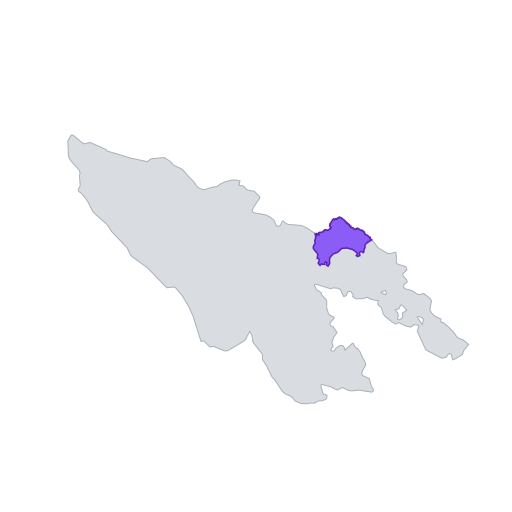 Alay, Osh, Kyrgyzstan (highlighted), rotated 224°
{"feature_id": "92254566B995553538907", "entity_name": "Alay", "entity_type": "district", "adm_level": 2, "iso_a3": "KGZ", "parent_name": "Kyrgyzstan", "parent_adm1": "Osh", "projection": "natural_earth1", "projection_center": [73.817, 39.902], "detail": "fine", "context": "in_parent", "style": "filled", "palette": "violet", "viewbox_px": 512, "rotation_deg": 224, "n_neighbors": 0, "source": "geoboundaries", "source_scale": "gbopen_adm2", "svg_char_len": 8431}
<svg xmlns="http://www.w3.org/2000/svg" viewBox="0 0 512 512"><g transform="rotate(224 256 256)"><path d="M107.8,304.6L109.1,303.8L113.2,302.9L121.6,302.2L124.4,302.8L130.0,306.0L134.4,305.6L135.2,306.1L136.8,308.8L142.9,304.8L147.3,303.6L149.5,299.5L154.3,294.7L158.3,293.9L158.4,294.7L159.1,295.4L163.2,296.5L164.5,295.2L165.1,293.4L163.7,290.6L163.7,289.5L165.0,287.7L171.5,290.4L173.0,290.4L175.9,288.9L178.7,286.2L179.7,284.2L193.1,277.5L194.0,276.2L193.8,275.4L188.2,273.8L185.7,274.7L183.4,274.7L182.0,273.7L175.2,273.3L173.7,272.6L169.2,267.8L163.6,264.7L160.9,264.9L157.7,266.2L156.6,265.6L156.4,261.0L155.8,258.3L153.9,257.6L151.4,258.7L144.5,257.2L143.8,251.5L141.2,246.4L137.6,244.4L137.5,241.4L136.3,240.1L135.2,240.5L133.8,242.0L134.4,245.3L133.9,248.7L133.1,250.4L131.5,251.6L129.7,251.7L126.6,250.0L126.0,260.1L125.4,260.8L121.7,259.3L118.7,259.9L114.3,259.3L111.0,257.6L104.5,255.7L101.4,253.9L99.6,247.1L97.9,244.6L96.2,244.1L89.3,246.5L82.2,242.3L78.7,241.4L77.8,240.2L78.0,238.6L88.8,231.0L93.1,225.8L95.8,223.6L102.6,221.3L104.2,216.5L104.8,215.9L111.7,213.6L119.4,209.4L119.6,208.2L118.8,207.3L111.9,203.4L108.4,205.2L106.3,202.9L106.4,200.7L108.7,196.7L110.7,194.8L111.5,191.0L114.3,188.5L117.3,184.5L120.8,181.3L127.3,178.8L130.9,179.6L134.3,179.0L139.5,177.1L142.7,176.9L156.2,179.9L160.6,180.1L171.1,184.0L179.2,186.0L183.2,189.8L196.4,191.5L200.0,192.6L201.2,194.4L205.0,196.7L208.2,197.3L205.4,188.2L206.5,182.8L210.7,168.0L212.8,165.8L223.5,161.6L226.0,158.5L233.7,158.6L235.3,158.0L236.1,156.3L259.9,169.2L268.9,172.8L281.4,176.2L291.9,177.3L293.7,176.5L297.9,171.4L299.8,171.2L326.0,172.1L344.6,169.4L347.3,169.6L354.3,172.4L376.4,173.3L385.1,175.2L398.9,174.5L404.7,174.8L415.2,178.4L418.9,179.2L425.7,179.8L428.3,179.2L429.8,180.0L431.4,184.6L438.0,190.4L440.4,193.6L442.8,194.9L455.1,195.8L459.8,197.1L471.3,208.1L472.9,214.5L471.8,215.8L459.8,216.7L457.1,217.7L454.3,222.4L438.2,228.3L435.8,228.2L414.4,239.2L399.6,248.5L399.1,252.9L390.4,263.1L383.9,264.4L378.3,264.1L369.2,267.2L357.4,266.2L353.4,266.3L345.7,264.9L342.6,265.7L339.3,267.7L334.8,275.9L333.0,277.8L332.2,279.6L331.5,283.6L329.8,287.8L326.0,294.1L322.7,297.1L319.7,298.9L317.3,295.0L313.3,297.7L309.5,297.2L307.3,298.0L302.1,301.4L294.4,301.2L293.5,300.1L291.9,290.8L290.6,286.4L289.5,285.4L288.1,285.3L277.1,292.6L272.0,293.9L267.7,294.1L262.3,291.9L261.1,292.5L260.1,293.7L259.7,295.2L261.3,299.3L260.9,300.1L258.4,300.0L254.9,301.0L244.4,309.6L237.7,311.8L231.5,312.7L227.8,314.3L225.7,317.4L221.6,326.3L221.7,328.1L223.4,330.5L224.7,335.9L224.4,337.3L221.1,341.7L216.8,343.1L213.5,343.7L207.1,343.1L203.8,344.0L197.8,347.4L192.8,348.0L183.4,348.1L174.1,346.8L171.1,347.3L162.9,349.3L160.1,352.4L158.6,355.3L157.8,355.7L154.6,353.1L150.4,348.5L148.4,348.6L141.0,352.3L139.9,352.2L137.8,350.8L138.1,345.0L135.8,343.8L130.8,343.5L129.1,342.2L129.7,338.5L129.1,337.1L127.8,336.0L125.2,336.3L120.0,339.4L113.8,340.5L111.7,341.5L109.3,345.6L101.1,346.4L98.5,345.5L93.6,338.0L89.4,336.9L85.1,337.1L79.2,339.1L77.8,337.5L76.3,337.0L74.9,338.3L67.8,338.6L60.5,338.4L56.3,337.5L53.6,337.5L48.2,339.6L41.6,340.0L41.1,333.0L39.1,328.2L41.2,320.5L42.4,317.9L47.2,320.9L49.0,320.4L49.5,318.8L48.8,315.4L51.3,311.6L68.6,306.4L87.7,313.9L90.2,318.9L91.8,318.6L94.5,316.4L95.3,312.3L99.1,309.9L107.3,307.1L107.8,304.6ZM117.5,321.7L117.9,321.0L116.5,317.4L118.4,314.0L114.6,313.4L112.6,312.4L110.4,309.0L109.7,308.8L108.5,309.8L107.9,312.0L108.4,314.5L111.1,316.8L109.8,321.6L115.5,322.2L117.5,321.7ZM97.5,325.1L97.3,324.0L96.0,323.6L88.8,322.2L89.1,323.2L91.8,326.8L93.9,327.0L97.5,325.1ZM140.2,318.9L140.6,316.6L136.3,317.9L135.8,319.1L137.3,320.5L139.1,321.0L140.2,318.9Z" fill="#d9dde1" stroke="#a8b0b8" stroke-width="1"/><path d="M182.7,326.1L181.6,328.3L181.8,328.7L182.1,329.1L182.7,329.2L183.2,329.5L183.5,329.8L183.7,330.1L184.0,330.7L184.0,331.2L183.8,331.8L183.1,332.5L181.2,332.9L181.1,333.4L182.5,335.4L183.1,336.2L183.1,336.8L183.8,338.3L184.8,339.0L185.2,339.6L185.3,340.7L185.4,341.8L185.2,342.3L185.4,343.4L185.0,343.5L185.2,343.9L184.9,344.4L184.0,347.4L184.0,347.8L184.1,348.1L185.9,347.6L186.0,347.6L186.1,348.0L186.3,348.3L186.5,348.5L186.8,348.8L187.1,348.5L187.4,348.2L187.6,348.2L187.8,348.3L188.0,348.2L188.4,348.1L188.7,348.0L189.1,348.3L189.5,348.4L189.8,348.4L190.1,348.3L190.4,348.2L190.6,348.2L190.8,348.1L191.1,347.9L191.4,347.6L191.9,347.5L192.0,347.6L192.5,347.5L192.7,347.3L192.9,347.5L193.1,347.6L193.3,347.6L193.5,347.6L193.8,347.9L194.1,347.9L194.2,348.2L194.4,348.2L194.5,348.3L194.7,348.5L194.8,348.5L195.5,348.3L195.7,348.5L196.0,348.5L196.4,348.5L196.6,348.1L197.0,348.0L197.6,348.2L198.1,348.1L198.3,347.3L198.5,347.1L198.9,347.0L199.2,347.1L199.9,347.0L200.1,346.9L200.9,347.0L201.2,347.0L201.4,346.6L202.4,346.5L202.5,346.2L202.8,345.7L202.7,345.6L202.7,345.1L202.4,344.9L202.4,344.6L202.6,344.4L202.8,344.5L203.1,344.5L203.5,344.1L204.0,343.8L204.0,343.5L204.8,343.5L205.0,343.6L205.5,343.7L205.8,343.6L206.0,343.4L206.1,343.2L206.3,343.0L206.9,342.9L207.1,342.8L207.3,342.6L207.7,342.7L208.0,342.8L208.1,342.7L208.3,342.6L208.5,342.5L208.8,342.5L209.1,342.7L209.1,342.8L209.2,342.7L209.3,342.6L209.5,342.7L209.7,342.9L209.9,343.0L210.3,343.1L210.5,343.3L210.9,343.4L211.1,343.3L211.1,343.2L211.4,342.9L211.8,342.7L212.0,342.8L212.0,343.0L212.3,343.2L212.6,343.1L212.8,343.1L212.7,342.9L213.0,342.7L213.6,342.5L213.9,342.5L214.2,342.6L214.3,342.6L214.7,342.6L214.8,342.6L215.0,342.9L215.2,343.0L215.4,343.0L215.6,342.9L215.8,342.9L216.0,342.9L216.3,343.0L216.5,343.0L216.8,343.1L217.2,343.1L217.4,343.1L217.6,343.1L218.1,343.0L218.3,343.0L218.5,343.1L219.2,342.8L219.3,342.8L219.6,342.8L219.8,342.7L219.9,342.8L220.4,342.8L220.5,342.7L220.6,342.8L220.9,342.7L221.0,342.7L221.5,342.6L221.8,342.4L222.0,342.3L222.6,342.1L222.9,342.1L223.1,342.0L223.1,341.8L223.2,341.4L223.0,341.2L223.1,340.8L223.1,340.5L223.4,340.3L223.4,340.0L223.5,340.0L223.7,339.9L223.7,339.7L223.8,339.5L223.7,339.4L223.3,339.1L223.4,338.9L223.7,338.8L223.7,338.7L223.8,338.5L223.8,338.4L224.0,338.4L224.3,338.3L224.4,338.2L224.7,338.0L224.8,337.7L224.6,337.4L224.7,337.1L224.6,336.9L224.6,336.7L224.8,336.7L225.0,336.5L225.4,336.6L225.5,336.5L225.6,336.3L225.9,336.3L226.0,336.4L226.1,336.0L226.0,335.8L225.9,335.6L226.0,335.5L226.0,335.4L225.9,335.4L226.0,335.3L226.1,335.1L226.0,334.9L225.9,334.8L225.9,334.7L225.8,334.3L225.8,334.2L225.7,334.1L225.6,333.7L225.6,333.4L225.7,333.1L225.5,332.8L225.5,332.7L225.4,332.4L225.1,332.1L225.1,331.6L225.1,331.3L225.2,331.2L225.1,330.8L224.7,330.6L224.6,330.4L224.6,330.2L224.9,330.1L224.7,329.8L224.5,329.7L224.4,329.5L224.3,329.3L224.3,329.1L224.1,329.0L224.0,328.9L223.9,329.0L223.7,328.9L223.5,329.0L223.3,329.0L222.9,328.9L222.8,328.7L222.7,328.4L222.5,328.5L222.4,328.4L222.2,328.4L221.9,328.6L221.7,328.5L221.7,328.4L221.7,328.1L221.7,327.9L221.7,327.6L221.4,327.2L221.6,326.9L221.7,326.6L221.8,326.4L221.8,326.2L221.7,326.1L221.7,325.9L221.9,325.6L222.0,325.0L222.1,324.8L222.1,324.6L222.3,324.3L222.5,324.2L222.6,323.9L222.8,323.9L223.1,323.7L223.3,323.7L223.4,323.3L223.5,323.2L223.8,323.1L224.3,323.2L224.4,322.9L224.5,322.8L224.6,322.6L224.7,322.3L224.7,322.2L224.7,321.9L224.8,321.8L224.9,321.5L225.0,321.3L225.0,321.2L224.9,321.0L224.8,320.9L224.7,320.8L224.4,320.7L224.4,320.3L224.6,320.1L224.7,319.8L224.8,319.6L225.0,319.4L225.1,319.0L225.2,318.9L225.3,318.7L225.5,318.5L225.5,318.4L225.7,318.2L225.8,318.0L226.1,317.8L226.2,317.7L226.3,317.7L226.5,317.6L226.6,317.4L226.6,317.2L226.8,316.8L226.8,316.7L227.0,316.2L226.9,315.9L226.9,315.7L226.1,315.5L226.0,315.4L225.5,315.2L225.4,315.1L225.6,315.0L225.5,314.9L225.9,314.7L226.0,314.7L226.1,314.8L226.4,314.6L226.6,314.6L226.9,314.5L226.9,314.4L227.3,314.1L227.6,314.1L227.8,314.1L228.0,314.2L228.1,313.8L228.1,313.7L228.2,313.3L228.4,313.1L228.7,313.0L228.8,312.9L228.2,312.3L227.3,312.5L226.7,312.9L226.7,311.5L225.0,309.3L224.7,308.2L223.6,307.1L222.1,306.2L222.0,304.8L221.4,302.7L219.9,301.2L217.4,300.8L214.1,300.5L212.4,299.9L211.6,298.5L210.3,296.8L209.6,297.5L208.2,297.3L206.8,296.1L206.5,294.2L205.7,293.9L203.4,293.7L203.5,295.7L203.0,296.0L202.0,296.5L200.9,297.6L201.7,298.6L202.0,300.2L200.2,300.3L199.3,298.5L198.5,298.4L197.1,298.8L197.3,299.4L197.4,300.7L197.8,301.8L199.4,303.2L201.5,305.6L201.8,307.1L201.9,311.2L200.0,314.9L199.7,317.2L199.6,321.1L196.0,325.0L191.0,327.8L187.0,328.4L185.0,328.3L184.3,327.2L184.2,326.0L182.7,326.1Z" fill="#8b5cf6" stroke="#5b21b6" stroke-width="1.5"/></g></svg>